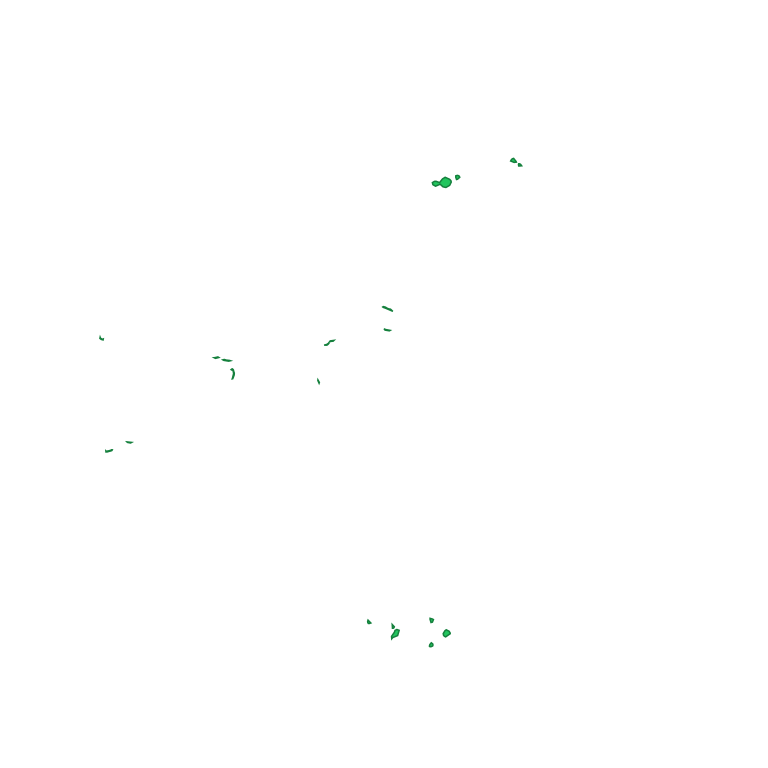 the border of French Polynesia, rotated 137°
{"feature_id": "PYF", "entity_name": "French Polynesia", "entity_type": "country or territory", "adm_level": 0, "iso_a3": "PYF", "parent_name": "Oceania", "parent_adm1": "", "projection": "robinson", "projection_center": [-142.778, -14.829], "detail": "fine", "context": "isolated", "style": "filled", "palette": "green", "viewbox_px": 768, "rotation_deg": 137, "n_neighbors": 0, "source": "natural_earth", "source_scale": "50m", "svg_char_len": 2411}
<svg xmlns="http://www.w3.org/2000/svg" viewBox="0 0 768 768"><g transform="rotate(137 384 384)"><path d="M206.7,491.8L211.4,493.5L212.3,496.4L211.3,498.3L208.9,497.8L207.7,496.8L206.0,493.4L201.4,494.1L198.3,493.5L196.4,489.0L196.4,487.0L197.1,485.8L200.5,484.5L204.7,485.5L206.4,488.0L206.7,491.8ZM545.6,190.7L550.6,192.6L552.1,192.4L550.6,194.3L545.6,195.4L544.0,196.3L542.0,195.7L540.9,193.5L545.6,190.7ZM510.9,161.1L507.7,162.0L506.1,161.8L505.0,158.8L505.4,156.8L505.9,156.2L511.4,157.0L511.9,158.4L511.8,159.7L510.9,161.1ZM137.8,461.2L136.5,461.2L135.3,460.6L135.6,456.8L135.9,456.0L137.7,457.3L139.3,460.7L137.8,461.2ZM190.5,486.3L189.5,487.3L188.1,486.6L187.5,485.7L187.2,484.7L187.6,483.5L190.6,483.6L191.5,484.1L190.5,486.3ZM528.1,162.2L525.9,162.5L525.6,160.7L526.2,159.7L527.1,159.2L528.8,159.8L529.6,160.6L529.6,161.3L528.1,162.2ZM510.8,180.5L510.1,181.2L508.8,179.0L508.5,178.0L511.0,176.8L512.3,177.5L510.8,180.5ZM332.3,440.5L332.4,441.2L331.7,441.1L330.5,439.2L330.1,437.6L329.3,435.7L328.2,434.3L328.1,433.1L328.0,431.1L329.3,434.1L330.4,436.6L331.3,438.6L332.3,440.5ZM485.8,498.0L486.0,498.8L484.8,498.7L484.5,498.4L484.5,497.1L485.4,495.5L486.0,494.1L487.4,492.8L489.9,491.5L491.1,491.0L491.5,491.3L491.0,491.5L486.9,494.2L485.7,496.0L485.1,497.4L485.2,497.8L485.8,498.0ZM557.9,221.5L556.7,222.2L556.6,218.2L558.2,218.9L558.8,219.6L558.5,220.7L557.9,221.5ZM485.1,510.6L485.4,511.6L484.1,510.9L483.0,509.0L480.9,506.6L480.4,505.7L482.0,506.6L483.1,508.0L485.1,510.6ZM135.9,452.9L135.3,453.2L134.6,452.5L134.3,451.4L134.5,449.7L136.1,450.9L136.8,451.6L135.9,452.9ZM544.4,199.6L542.0,202.5L542.0,199.4L542.9,199.0L543.7,199.0L544.4,199.6ZM633.7,523.9L633.0,524.8L632.9,524.0L632.0,523.6L630.8,522.8L629.0,521.9L628.1,521.7L627.6,521.2L628.3,520.9L629.4,521.3L630.8,522.1L632.6,523.0L633.7,523.9ZM346.5,422.7L346.3,424.4L345.7,422.8L343.7,420.1L342.9,419.0L343.8,419.2L346.5,422.7ZM489.8,517.7L490.3,519.1L489.5,518.5L487.0,517.1L486.7,516.0L489.8,517.7ZM399.5,451.5L401.3,453.3L398.9,452.0L395.9,451.5L397.1,451.2L398.7,451.2L399.5,451.5ZM395.2,452.0L393.9,452.2L390.8,450.0L392.0,450.0L393.8,451.4L395.2,452.0ZM611.5,516.3L611.5,517.0L608.4,513.4L609.6,513.7L611.5,516.3ZM560.7,611.1L559.7,611.8L560.1,610.8L559.4,608.7L558.6,608.4L559.4,607.8L560.4,609.4L560.7,611.1ZM430.0,431.7L429.5,432.1L430.2,429.2L431.0,428.8L430.0,431.7Z" fill="#22c55e" stroke="#15803d" stroke-width="1.5"/></g></svg>